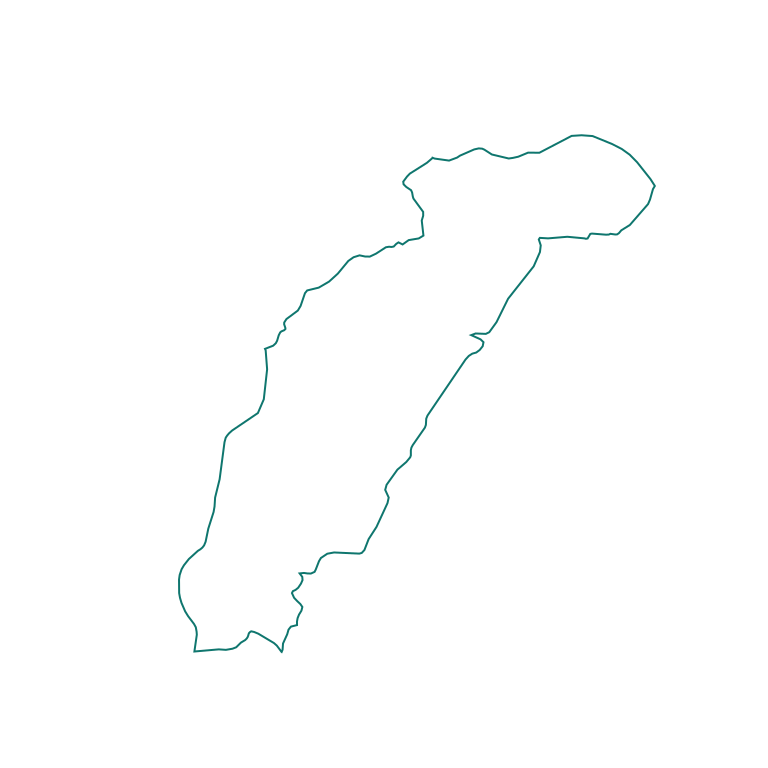 Gorontalo, Natural Earth projection, rotated 304°
{"feature_id": "IDN-1837", "entity_name": "Gorontalo", "entity_type": "Province", "adm_level": 1, "iso_a3": "IDN", "parent_name": "Indonesia", "parent_adm1": "", "projection": "natural_earth1", "projection_center": [122.28, 0.663], "detail": "fine", "context": "isolated", "style": "outline", "palette": "teal", "viewbox_px": 768, "rotation_deg": 304, "n_neighbors": 0, "source": "natural_earth", "source_scale": "10m", "svg_char_len": 2751}
<svg xmlns="http://www.w3.org/2000/svg" viewBox="0 0 768 768"><g transform="rotate(304 384 384)"><path d="M346.6,265.7L353.8,270.7L357.3,271.5L360.1,271.2L365.5,269.5L368.7,269.1L370.2,269.5L372.8,271.2L374.5,271.5L375.3,270.9L377.7,267.8L379.2,266.9L383.3,266.8L396.7,271.5L402.1,271.2L415.1,267.7L418.6,268.0L427.4,276.0L438.2,281.2L449.7,284.0L466.1,285.6L472.1,287.9L477.0,291.8L479.1,297.0L481.7,301.0L487.6,304.5L498.4,309.1L500.6,311.4L501.8,313.6L503.4,315.2L507.0,315.8L509.5,316.8L510.1,321.4L517.1,324.0L524.1,331.4L529.1,333.7L540.6,323.9L545.4,322.4L548.6,320.2L554.2,304.7L555.5,303.1L558.5,300.2L559.8,298.1L559.8,292.3L560.5,288.6L562.5,286.8L568.9,287.1L572.9,287.8L591.4,295.9L598.3,297.8L598.7,297.7L599.2,299.9L605.6,313.0L612.6,318.0L615.8,319.3L628.9,327.6L632.3,330.8L634.0,333.8L634.4,336.1L634.6,345.1L640.7,361.3L643.5,364.4L647.5,368.2L656.4,374.1L662.6,383.5L694.6,400.8L700.7,408.7L706.2,418.3L710.5,438.9L711.8,449.7L711.5,459.5L709.4,469.8L702.9,490.3L699.7,497.7L699.6,497.8L696.0,498.0L685.6,501.4L680.8,502.3L653.3,498.9L644.1,494.8L640.4,494.4L638.4,493.6L637.3,492.2L635.1,487.7L633.6,486.8L631.9,484.5L625.0,472.3L623.8,471.1L618.5,471.4L617.3,470.2L616.8,468.7L608.6,453.7L596.5,438.6L592.3,431.5L590.4,431.5L586.6,436.4L580.6,439.5L565.3,442.3L524.1,439.2L498.2,442.7L485.8,442.3L482.5,440.4L477.1,431.7L473.3,429.0L475.0,439.1L474.3,443.1L470.5,444.7L465.7,444.3L461.7,442.9L458.5,440.2L454.7,438.6L449.9,437.9L382.2,437.7L378.9,438.4L373.5,441.6L370.7,442.3L349.4,442.0L346.6,442.3L344.1,443.3L339.8,446.2L337.9,446.7L331.8,446.1L320.5,443.0L301.9,442.5L296.9,444.2L292.5,451.4L287.2,453.5L261.3,457.7L246.8,458.0L235.4,460.6L231.5,460.0L229.6,458.4L216.4,436.8L211.6,431.9L204.5,429.0L200.7,429.2L191.9,431.2L189.4,431.5L186.0,429.4L184.2,426.6L182.6,423.3L179.8,420.0L178.4,424.1L175.9,426.1L172.1,426.8L167.1,426.8L163.8,425.8L161.3,424.3L159.2,424.6L156.5,429.0L155.5,433.4L154.8,437.7L153.5,441.0L149.9,442.3L145.3,442.5L141.6,443.3L138.4,444.7L135.5,446.7L130.8,442.5L127.0,442.2L122.4,443.7L112.4,445.4L107.0,448.5L104.6,449.0L104.6,448.9L107.2,441.4L107.7,437.6L106.7,419.4L105.8,415.0L104.7,412.2L103.3,411.6L102.1,411.4L100.9,411.6L99.6,412.1L97.8,412.5L96.2,412.5L94.1,412.1L89.6,410.0L83.1,408.7L79.8,406.4L75.2,401.6L71.6,395.4L56.2,376.4L71.5,369.0L73.8,367.2L77.1,364.0L78.8,360.7L82.0,351.4L84.3,346.3L89.3,338.5L92.7,334.4L96.1,331.1L107.3,323.4L111.4,321.4L117.2,319.8L121.9,319.5L129.8,320.1L141.6,323.0L144.3,324.2L146.8,324.9L149.6,325.1L153.5,324.3L165.9,319.2L182.6,314.3L187.7,312.0L195.4,307.5L213.1,301.0L246.6,284.3L251.0,282.8L253.6,282.8L256.4,283.1L260.5,284.1L289.4,295.7L304.1,292.9L330.8,278.9L345.7,267.1L346.6,265.7Z" fill="none" stroke="#0f766e" stroke-width="2"/></g></svg>